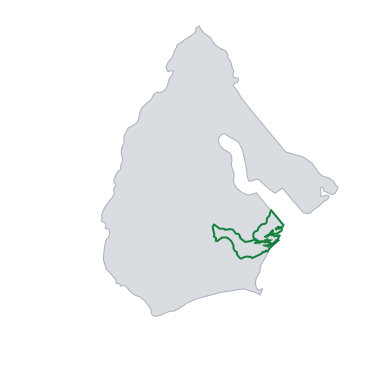 Fatick highlighted on a map of Senegal, rotated 230°
{"feature_id": "SEN-764", "entity_name": "Fatick", "entity_type": "Region", "adm_level": 1, "iso_a3": "SEN", "parent_name": "Senegal", "parent_adm1": "", "projection": "equal_earth", "projection_center": [-16.406, 14.163], "detail": "fine", "context": "in_parent", "style": "outline", "palette": "green", "viewbox_px": 384, "rotation_deg": 230, "n_neighbors": 0, "source": "natural_earth", "source_scale": "10m", "svg_char_len": 7062}
<svg xmlns="http://www.w3.org/2000/svg" viewBox="0 0 384 384"><g transform="rotate(230 192 192)"><path d="M278.2,175.3L282.0,184.0L281.2,188.1L280.4,194.1L282.5,198.5L285.0,201.3L286.8,204.0L288.8,207.6L289.2,214.8L288.9,220.0L290.1,222.4L291.3,225.4L291.1,227.8L290.4,230.0L288.0,232.9L287.6,238.3L291.5,244.9L294.1,248.5L294.0,250.5L294.7,252.8L296.6,255.4L297.7,254.8L299.0,252.6L299.5,251.1L302.9,251.8L304.4,252.5L306.6,256.8L307.4,259.6L307.9,263.2L310.2,267.7L312.2,270.8L312.6,272.8L314.4,275.4L313.3,281.4L313.5,284.4L312.3,292.3L312.1,296.1L312.2,297.5L314.8,300.3L314.6,304.3L311.9,303.6L307.2,303.2L297.9,305.3L294.6,304.4L288.5,304.7L284.1,305.8L278.6,308.5L274.3,307.8L271.9,305.7L268.8,305.9L265.4,304.8L261.7,302.8L258.3,301.8L254.7,298.1L253.0,297.5L251.8,298.4L250.8,299.6L249.7,300.4L247.8,299.7L247.0,297.2L247.6,294.8L247.8,293.0L246.9,292.0L244.6,291.7L241.1,291.7L235.3,290.9L233.9,290.5L221.0,289.8L207.6,289.8L196.3,289.7L181.9,289.6L171.8,289.6L162.4,289.5L155.2,294.4L147.3,299.7L136.7,302.5L124.6,301.5L120.7,302.2L116.6,304.6L113.7,306.3L109.5,307.3L104.1,306.5L101.9,307.0L100.5,304.6L99.0,300.7L99.9,297.8L103.2,296.0L108.2,293.6L110.8,294.8L112.3,294.9L112.6,293.3L112.1,292.5L108.4,290.4L106.4,287.6L104.8,289.2L103.4,292.6L102.3,293.7L100.6,294.6L99.6,292.3L99.2,290.1L100.0,288.3L99.6,278.6L100.1,273.4L99.8,268.9L102.2,265.9L104.4,264.0L113.1,263.9L121.2,263.7L129.0,263.8L136.9,263.9L137.7,254.9L140.2,254.2L144.0,253.2L151.0,252.1L158.8,251.1L160.4,249.3L161.7,246.3L162.5,243.6L164.1,242.5L166.3,243.4L169.2,244.8L172.2,247.0L175.6,249.0L177.8,250.3L183.3,253.4L192.6,257.9L200.3,259.7L209.5,256.4L216.2,254.3L217.0,250.4L215.9,246.6L210.9,243.2L204.2,243.5L202.1,244.5L199.0,245.6L197.1,246.1L193.9,245.3L189.8,242.3L187.3,239.3L183.7,237.8L179.5,236.4L172.7,230.2L169.2,229.1L165.8,228.7L159.4,230.0L153.1,233.3L149.8,240.9L143.6,240.7L130.2,240.5L118.0,240.3L107.9,240.8L106.8,235.3L104.4,230.9L100.6,227.2L99.7,223.8L101.0,220.7L104.8,218.3L105.6,216.5L103.7,216.8L100.7,218.4L98.7,218.4L98.5,213.7L95.2,207.5L91.5,197.1L87.3,192.8L83.8,184.4L80.1,181.1L76.7,179.6L73.8,179.9L72.7,183.8L69.2,178.2L74.1,176.2L84.6,169.3L96.7,149.4L107.6,125.9L109.0,120.3L110.3,116.1L111.2,106.5L112.7,100.8L114.2,99.7L116.0,95.3L118.2,87.7L120.7,83.4L123.5,82.6L125.7,82.9L127.2,84.5L131.8,85.5L139.4,85.9L145.2,84.7L149.3,82.1L154.7,80.7L161.4,80.7L165.0,79.6L165.3,77.4L166.2,76.7L167.6,77.6L168.9,77.2L170.1,75.7L171.4,75.5L172.6,76.9L178.2,77.3L188.2,76.8L197.5,80.8L206.0,89.4L210.5,95.1L210.7,98.0L212.2,100.9L214.7,103.8L217.0,104.4L219.1,102.5L220.8,102.7L222.0,105.0L224.4,105.4L227.1,104.0L229.1,104.5L229.4,105.8L229.9,106.6L231.2,106.9L232.9,108.6L235.4,113.1L237.5,119.5L239.1,127.7L241.1,132.2L243.7,132.9L245.2,134.6L245.5,136.5L246.2,137.9L247.4,138.6L249.6,138.2L252.1,140.9L254.9,146.9L255.3,149.6L254.9,151.1L255.1,152.2L256.9,153.2L258.6,155.2L260.0,158.1L263.0,160.7L267.7,163.0L271.0,166.5L273.1,171.1L277.3,174.9L278.2,175.3Z" fill="#d9dde1" stroke="#a8b0b8" stroke-width="1"/><path d="M115.1,209.6L113.2,209.6L112.1,209.0L112.2,207.9L111.6,208.3L111.4,209.1L111.5,209.9L111.9,210.4L111.4,210.8L111.0,210.7L110.6,210.5L110.2,210.4L109.8,210.6L109.7,211.0L109.6,211.5L109.5,211.9L108.5,214.3L108.1,214.8L107.7,215.1L106.8,215.3L106.3,215.8L106.0,216.4L105.5,217.6L105.1,218.1L104.2,218.5L103.4,218.3L102.5,217.9L101.5,217.8L102.5,215.6L102.5,215.2L103.2,214.9L104.3,213.3L103.7,213.5L103.2,214.6L102.8,214.8L101.9,214.9L101.6,215.0L101.3,215.2L101.7,215.9L101.7,216.4L101.0,217.4L100.9,217.8L100.8,218.6L100.6,219.1L99.8,220.2L99.6,220.7L99.4,222.2L99.6,227.3L99.4,227.3L99.2,217.0L99.0,215.5L98.3,212.9L97.9,212.0L98.0,212.0L98.3,211.5L99.4,211.1L99.6,210.8L99.6,210.5L99.5,210.3L99.4,210.1L99.3,209.8L99.3,209.4L99.4,209.1L100.4,208.0L100.6,207.5L100.6,207.2L100.3,206.8L100.1,206.7L100.0,206.4L100.6,203.4L102.6,195.8L102.7,195.7L102.9,195.6L104.2,195.5L104.5,195.5L104.7,195.3L104.8,195.2L105.0,195.0L105.3,194.3L105.7,194.0L105.8,193.9L106.3,193.7L106.6,193.4L107.3,192.5L108.3,190.7L108.5,190.3L108.8,189.2L109.1,187.6L109.6,186.6L110.1,186.4L111.9,186.1L115.3,186.4L115.6,186.5L115.8,186.7L116.1,187.0L116.4,187.3L116.7,187.5L117.0,187.6L117.3,187.6L119.3,187.0L119.8,187.0L121.1,187.2L122.4,187.7L122.8,188.0L123.3,188.4L123.7,189.0L124.1,189.2L124.7,189.5L129.0,190.5L129.6,190.5L132.9,190.0L134.3,189.6L135.2,189.0L135.4,188.8L137.6,186.0L137.7,185.8L137.8,185.5L137.9,184.9L138.1,180.4L138.1,180.1L138.2,179.8L138.4,179.6L138.6,179.4L139.1,179.1L139.3,178.9L141.2,180.8L142.1,180.7L143.2,180.2L143.9,180.3L144.8,181.6L146.1,182.3L151.4,185.0L152.3,186.0L152.9,187.9L151.4,188.4L149.3,188.9L147.3,189.3L146.4,189.5L145.6,190.4L143.7,192.4L142.8,193.0L141.8,193.1L140.2,195.5L139.3,197.0L138.3,198.0L137.0,199.1L134.0,199.0L132.1,198.8L131.3,199.3L130.5,200.3L129.7,200.7L126.3,200.0L126.1,199.7L126.1,199.4L125.8,199.4L123.7,199.6L121.3,200.3L120.0,200.5L119.6,200.7L119.2,201.2L118.1,202.9L116.1,206.8L115.7,208.6L115.1,209.6L115.1,209.6ZM126.9,240.9L125.3,240.9L122.8,240.9L120.3,240.9L117.8,240.9L115.3,240.9L112.9,240.8L110.4,240.8L107.9,240.8L107.5,240.0L107.3,239.5L107.3,238.0L108.0,237.1L109.0,236.4L110.0,235.4L109.8,235.2L109.4,234.8L109.2,234.7L109.7,234.1L110.1,233.2L110.0,232.6L109.2,232.5L109.3,233.3L109.1,234.4L108.7,235.1L108.1,235.0L107.8,236.2L107.2,236.9L106.4,237.2L105.6,236.9L104.9,235.9L104.8,234.9L105.1,232.8L105.2,231.5L105.3,231.0L105.6,230.3L107.1,228.1L107.3,227.3L107.5,227.5L108.2,227.9L108.4,228.1L108.3,227.8L108.1,226.9L109.5,226.6L109.5,227.7L109.8,228.7L110.3,229.3L110.9,229.1L110.6,227.9L110.5,226.6L110.3,225.5L109.7,225.1L109.9,224.4L110.8,219.4L110.9,218.5L110.0,220.2L109.6,221.2L109.3,223.5L108.9,224.8L108.4,225.7L107.8,225.5L107.5,225.5L107.1,226.2L106.4,226.5L105.6,226.6L104.8,226.9L104.4,227.4L104.3,227.9L104.2,228.3L104.0,228.8L103.8,229.1L103.3,229.4L103.1,229.7L102.7,230.7L102.4,231.1L102.0,230.8L101.8,230.3L101.8,229.6L101.8,229.1L101.4,228.8L100.9,228.3L100.7,227.3L100.7,226.2L101.0,225.5L100.8,224.7L100.6,223.9L100.5,222.2L100.5,221.3L100.6,220.8L100.9,220.4L101.8,219.4L102.3,219.2L102.8,219.2L104.0,219.4L104.5,219.6L104.9,220.0L104.8,220.7L105.4,220.1L105.8,219.3L106.4,218.8L107.3,219.3L107.3,218.1L107.6,217.6L108.1,217.2L108.7,216.7L108.2,216.9L107.6,217.0L107.1,216.9L106.7,216.3L108.5,214.9L109.2,214.1L110.2,212.4L110.8,211.8L112.1,211.3L112.7,210.3L113.2,210.0L113.5,210.2L113.8,210.6L114.1,210.9L114.5,210.6L114.8,210.4L115.4,210.0L118.0,210.0L118.4,210.3L118.7,210.5L119.8,211.5L120.4,212.1L120.6,212.5L120.9,213.1L121.1,214.2L121.1,214.9L121.0,215.5L120.9,215.9L120.5,216.7L120.4,217.1L120.4,217.6L121.2,218.9L121.7,219.5L121.9,220.1L122.4,223.7L122.4,224.1L122.4,224.5L122.2,225.0L122.0,225.4L121.6,226.1L121.0,226.8L120.8,227.1L120.7,227.5L120.7,227.9L120.6,228.7L120.7,229.1L120.8,229.6L121.2,230.1L122.5,231.5L123.1,232.0L123.4,232.3L123.6,232.7L123.8,233.4L124.0,235.2L124.1,236.0L124.4,236.5L124.7,237.0L126.0,238.5L126.5,239.5L126.7,240.5L126.9,240.9L126.9,240.9Z" fill="none" stroke="#15803d" stroke-width="2"/></g></svg>